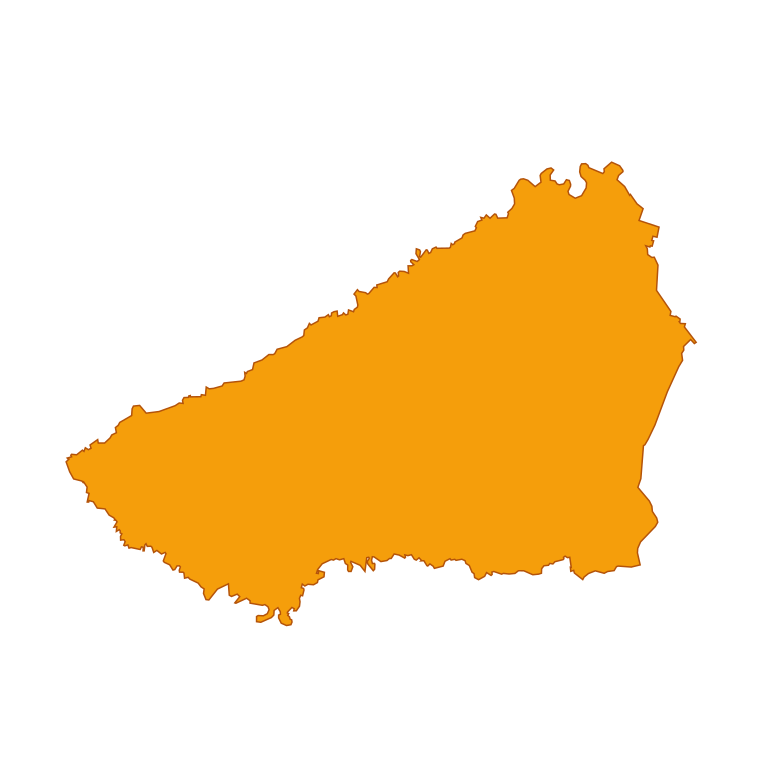 Paso de Ovejas, Veracruz, Mexico (Natural Earth projection), rotated 9°
{"feature_id": "50627088B17085270439419", "entity_name": "Paso de Ovejas", "entity_type": "district", "adm_level": 2, "iso_a3": "MEX", "parent_name": "Mexico", "parent_adm1": "Veracruz", "projection": "natural_earth1", "projection_center": [-96.462, 19.257], "detail": "fine", "context": "isolated", "style": "filled", "palette": "amber", "viewbox_px": 768, "rotation_deg": 9, "n_neighbors": 0, "source": "geoboundaries", "source_scale": "gbopen_adm2", "svg_char_len": 6156}
<svg xmlns="http://www.w3.org/2000/svg" viewBox="0 0 768 768"><g transform="rotate(9 384 384)"><path d="M567.2,141.9L552.5,138.3L551.2,136.1L548.7,134.8L544.7,135.7L543.8,138.5L544.1,143.9L546.2,148.3L550.8,151.3L552.6,153.6L553.0,158.7L549.7,167.1L543.8,170.6L537.1,167.9L535.6,164.9L537.3,159.4L537.1,157.5L535.2,154.0L532.2,153.7L530.2,158.3L526.0,159.8L523.7,159.4L521.2,156.7L516.4,156.7L515.4,151.6L518.1,146.1L515.2,144.5L511.3,146.1L506.3,151.5L505.6,153.6L507.5,160.1L502.4,165.4L494.2,160.3L489.7,159.5L487.0,160.3L485.6,161.7L482.0,170.5L479.6,172.8L483.6,180.0L484.8,185.7L482.9,190.6L479.4,195.0L480.3,196.3L479.6,200.6L470.4,202.4L468.0,198.9L466.6,198.8L462.8,203.7L458.6,201.0L456.8,204.6L453.5,204.3L455.0,206.8L451.1,208.9L449.5,214.1L450.8,215.2L449.8,218.5L440.7,222.5L438.8,224.4L438.2,227.5L431.7,232.8L431.7,234.3L430.1,235.7L428.4,234.7L428.2,238.6L427.2,239.6L415.0,241.7L414.0,240.6L410.6,242.9L409.5,246.8L407.9,248.0L405.8,245.0L404.7,244.9L400.4,253.0L399.2,252.6L399.3,247.6L398.2,246.0L394.8,245.4L395.2,250.3L399.5,255.5L397.6,257.8L392.0,256.7L391.0,257.8L391.3,259.1L394.8,261.5L393.0,262.9L389.3,263.5L390.9,270.8L386.4,269.7L381.9,270.1L380.6,271.6L381.5,275.0L380.7,276.0L377.9,272.6L376.6,272.6L372.1,279.5L371.2,282.5L361.4,287.3L362.1,289.8L359.1,290.1L354.8,297.1L353.5,297.8L351.6,296.7L344.8,296.5L343.0,295.0L340.3,299.9L342.5,301.5L345.8,310.1L345.7,312.3L343.0,315.0L342.6,317.4L337.4,316.4L337.4,320.7L335.5,321.8L332.9,320.1L332.1,322.0L327.7,324.4L326.3,319.3L323.3,320.4L321.1,322.1L321.3,324.8L319.5,326.1L318.2,324.2L315.1,327.2L309.5,328.7L309.0,332.3L302.7,337.1L300.8,335.8L299.6,340.5L296.9,343.1L297.2,348.7L295.8,350.3L289.4,354.7L282.2,362.3L273.0,366.4L271.3,371.2L269.9,372.3L265.7,372.9L259.7,379.4L252.3,383.5L251.9,390.3L247.1,393.1L246.5,395.1L244.6,394.3L245.6,398.0L245.1,401.8L242.3,403.6L225.9,408.0L224.4,411.3L216.3,415.0L212.1,416.1L208.9,414.8L209.4,423.1L205.3,423.1L205.1,425.2L194.7,427.0L194.5,425.7L193.1,426.3L193.0,427.8L188.6,428.7L187.5,431.6L188.6,434.6L184.7,434.8L181.1,438.1L166.1,446.4L153.7,450.0L146.0,443.4L140.0,445.0L139.1,447.9L139.7,454.6L129.0,463.3L127.9,466.5L125.5,469.0L127.3,474.0L123.1,476.9L121.9,480.1L117.3,486.0L111.0,487.0L109.9,483.7L103.2,490.2L104.7,493.3L102.3,495.1L99.0,493.7L98.2,497.5L96.5,496.5L91.5,502.0L86.4,502.3L85.8,503.4L86.8,504.8L82.7,506.7L83.9,507.6L85.0,506.9L82.2,510.6L87.3,519.9L92.3,526.3L100.8,527.1L102.3,528.4L102.7,527.7L106.9,532.3L107.1,537.7L109.8,538.2L109.3,547.0L110.8,546.8L111.0,545.3L115.4,545.8L120.2,551.4L128.0,551.0L133.0,556.5L138.0,558.4L139.5,559.8L139.0,560.5L140.7,560.6L141.9,561.9L139.7,567.6L142.4,566.8L142.7,571.5L145.3,569.3L146.4,570.3L146.7,572.3L148.5,573.0L147.6,575.8L148.3,579.4L151.4,578.5L153.0,580.1L152.2,584.0L153.3,584.4L156.2,583.0L157.8,586.0L159.8,585.1L169.1,585.6L169.9,582.8L171.8,582.9L172.1,586.5L173.2,586.3L173.0,580.4L173.9,579.0L175.6,581.4L179.1,580.7L180.4,581.6L182.9,586.4L185.7,583.9L190.8,586.7L194.2,584.6L195.2,585.6L193.7,593.3L194.9,594.5L200.6,596.1L204.7,600.8L206.4,600.0L208.1,596.0L210.4,595.6L211.5,596.5L210.9,600.0L211.5,601.8L214.9,601.3L216.0,602.0L217.4,607.0L220.8,605.6L222.8,607.1L231.6,609.7L235.0,613.0L238.4,614.5L238.5,619.1L241.9,624.8L244.8,624.7L251.6,612.6L261.6,605.7L264.2,616.8L266.6,617.7L271.9,614.5L274.8,616.6L270.9,623.5L272.0,623.7L281.8,617.1L285.6,619.0L286.0,621.4L298.5,621.6L300.9,620.5L304.3,622.2L305.8,624.9L304.7,629.1L301.1,631.8L295.9,632.4L294.5,633.6L295.3,638.7L299.6,638.6L309.3,632.3L311.3,629.5L310.9,624.8L314.2,621.5L317.2,625.1L317.7,627.7L316.1,628.7L316.5,631.5L319.9,636.3L325.5,637.8L329.7,636.3L330.4,633.5L329.7,631.4L328.0,630.9L327.1,628.8L325.1,627.5L325.8,625.7L324.3,625.3L324.4,624.3L328.0,619.1L330.5,620.0L330.3,622.2L332.9,621.7L335.3,616.7L335.1,612.2L334.0,608.9L334.8,605.7L336.7,605.9L337.2,600.0L336.6,598.5L334.2,598.1L334.6,594.4L337.4,595.9L340.2,593.7L345.8,593.3L349.3,590.5L349.4,587.8L354.9,583.8L354.6,579.3L348.6,578.6L348.8,581.5L346.9,581.5L347.5,577.6L351.1,571.2L359.3,565.6L361.7,565.8L363.9,564.0L367.6,564.6L371.6,562.8L373.9,567.3L376.5,568.5L377.2,573.3L378.3,574.7L380.8,574.3L381.8,569.4L378.9,565.4L379.1,564.3L388.8,566.8L394.5,572.1L394.1,558.2L396.0,557.5L396.8,558.4L395.2,562.1L396.1,564.2L402.6,570.1L403.7,568.5L403.2,563.5L402.7,562.7L400.6,563.1L399.3,560.1L399.5,556.4L401.2,556.3L408.7,559.9L414.5,557.9L416.7,555.5L418.4,555.2L420.6,550.3L425.7,550.6L431.7,552.7L432.3,551.6L431.3,549.5L434.4,549.8L437.8,548.3L441.3,552.3L443.4,552.9L445.8,550.2L448.6,552.4L448.2,552.9L451.0,552.3L454.8,556.7L455.7,556.9L457.5,554.5L461.1,556.3L462.6,558.2L470.9,554.6L472.0,549.5L476.5,546.2L477.8,547.4L481.3,546.1L482.7,546.9L488.3,544.9L491.7,545.8L493.0,548.4L496.6,549.9L500.4,556.1L502.6,557.2L503.8,561.0L508.0,562.5L513.5,558.2L514.8,554.2L519.7,556.3L520.6,555.2L520.0,552.9L521.8,552.0L529.9,553.4L531.5,552.4L537.3,552.1L543.0,550.6L546.0,547.4L551.3,546.6L560.8,549.1L566.5,547.6L569.1,546.3L568.6,541.8L570.4,538.5L574.8,537.3L575.8,535.3L579.0,535.3L580.6,532.8L588.3,529.5L589.0,528.5L588.4,527.1L589.8,525.7L592.4,526.8L594.6,526.1L597.6,535.8L596.7,535.8L597.8,539.8L600.5,538.4L601.6,540.9L610.9,546.1L611.8,543.4L615.6,539.2L621.9,535.5L631.1,536.5L634.2,534.2L640.5,532.3L642.2,528.0L643.8,527.2L656.9,526.1L665.3,522.6L660.7,511.1L660.3,506.6L662.1,499.8L674.3,482.3L676.0,477.7L674.3,473.7L669.0,467.9L667.7,462.8L664.4,458.1L650.9,446.4L652.5,437.3L649.9,404.3L651.2,403.2L653.5,397.3L658.0,382.2L665.1,347.2L672.4,320.8L675.2,313.9L673.2,307.2L674.8,303.6L674.0,300.1L679.9,292.1L684.2,295.5L685.8,294.0L671.8,280.7L672.2,277.3L667.4,277.8L665.8,276.3L666.5,275.8L666.3,273.5L661.8,271.3L661.1,272.0L655.9,271.5L656.0,267.4L638.5,248.9L636.0,223.7L631.1,216.5L628.7,217.1L624.2,214.9L622.9,209.2L620.9,206.5L625.2,207.1L625.4,205.9L627.3,205.9L627.9,200.4L626.0,200.3L626.5,196.0L630.7,196.3L631.1,186.0L610.3,182.6L612.5,170.3L605.7,166.5L597.7,158.2L597.1,159.2L590.8,151.3L582.2,145.8L583.1,141.3L586.8,136.9L586.5,135.6L582.6,131.6L574.1,129.3L567.6,137.0L568.4,139.9L567.2,141.9Z" fill="#f59e0b" stroke="#b45309" stroke-width="1.5"/></g></svg>